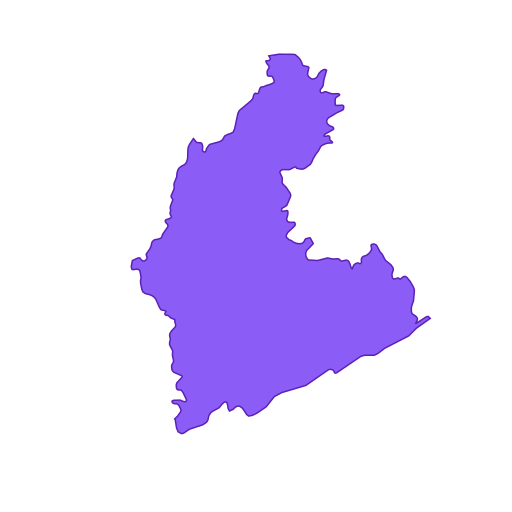 the Region of Rivne, rotated 144°
{"feature_id": "UKR-286", "entity_name": "Rivne", "entity_type": "Region", "adm_level": 1, "iso_a3": "UKR", "parent_name": "Ukraine", "parent_adm1": "", "projection": "natural_earth1", "projection_center": [26.178, 50.971], "detail": "fine", "context": "isolated", "style": "filled", "palette": "violet", "viewbox_px": 512, "rotation_deg": 144, "n_neighbors": 0, "source": "natural_earth", "source_scale": "10m", "svg_char_len": 6152}
<svg xmlns="http://www.w3.org/2000/svg" viewBox="0 0 512 512"><g transform="rotate(144 256 256)"><path d="M151.7,103.1L168.7,103.3L179.3,101.6L206.0,105.7L214.7,105.5L218.5,106.1L226.6,111.9L230.3,113.2L259.4,114.1L260.9,114.7L261.0,115.9L260.6,117.4L260.9,118.9L262.4,120.6L264.2,121.4L291.8,122.0L315.5,130.4L323.8,131.5L336.4,128.0L347.5,128.3L352.6,129.2L356.0,130.8L356.8,133.3L356.5,136.7L356.5,141.0L357.5,144.1L359.3,145.5L361.8,145.8L364.9,145.4L368.6,146.2L368.2,149.0L366.4,152.4L365.7,155.1L367.4,156.4L370.1,156.2L375.1,154.9L382.5,155.9L385.1,155.7L387.9,154.6L391.3,151.6L393.7,150.6L398.1,150.7L411.7,155.0L418.7,155.2L420.7,156.1L422.3,159.5L421.4,163.5L417.3,171.6L417.5,172.0L413.4,172.6L409.1,174.1L407.5,174.9L406.7,177.3L406.2,180.4L406.4,181.8L406.7,182.7L408.6,184.2L409.6,185.6L409.8,186.7L409.3,187.9L408.5,188.0L407.3,187.6L402.2,184.1L401.5,183.2L400.7,181.6L399.2,179.9L397.9,179.6L397.0,180.1L396.6,181.3L395.3,188.4L395.3,190.5L395.6,191.8L397.6,193.3L398.2,194.2L398.0,195.9L396.4,198.5L394.7,199.9L387.0,201.5L386.6,201.8L386.4,202.3L386.6,203.0L390.8,210.2L391.1,212.2L390.5,214.2L388.8,216.8L388.1,217.4L385.3,218.7L384.1,220.0L381.9,225.0L379.2,228.1L378.1,234.9L376.8,236.8L374.4,238.8L372.6,242.5L371.9,243.3L371.2,243.9L368.3,245.1L363.4,246.0L362.3,246.6L361.4,247.6L360.2,250.9L359.2,251.9L359.1,252.4L361.3,255.8L361.9,258.9L362.3,259.7L364.0,261.5L364.0,262.1L363.6,263.0L361.7,264.0L361.4,264.5L362.3,265.9L363.9,267.6L364.5,268.6L364.3,271.4L362.4,280.1L362.7,282.9L363.5,285.2L364.7,287.1L367.6,290.6L368.6,293.3L368.0,296.1L365.1,302.3L364.1,303.7L361.6,306.2L358.8,311.9L358.7,313.2L359.3,314.6L359.9,315.3L363.0,316.9L363.9,317.6L364.2,318.2L363.2,320.7L358.7,325.0L352.7,323.8L351.9,323.4L351.1,322.7L351.1,320.5L350.4,318.4L348.8,317.5L346.8,317.6L346.0,317.8L345.1,318.7L344.0,321.7L343.6,322.1L337.3,324.3L334.3,326.3L332.8,327.8L331.5,328.5L329.6,328.9L328.1,328.6L325.5,327.3L323.0,326.5L322.0,326.5L321.3,326.6L318.9,328.4L310.1,331.5L309.5,332.2L309.0,333.3L309.3,336.5L308.8,337.8L307.5,338.3L303.8,337.1L302.4,337.0L301.6,337.3L301.2,337.8L301.0,339.8L300.7,340.6L300.1,341.5L298.1,343.2L297.6,344.5L297.0,345.5L295.8,346.7L290.3,350.3L290.0,351.4L290.1,352.9L289.5,354.4L282.9,358.4L282.1,359.2L280.2,362.3L279.4,363.0L273.7,366.6L271.1,369.6L268.8,371.4L266.9,372.3L263.9,372.5L260.3,372.0L258.6,372.2L256.7,373.0L253.9,375.2L248.7,381.9L246.5,384.1L243.9,385.5L237.6,387.8L237.3,383.0L236.1,381.5L234.1,380.2L233.7,378.6L234.6,376.3L235.2,375.2L236.6,373.9L237.4,372.3L236.9,370.8L236.2,370.1L235.1,370.2L232.8,372.0L229.1,373.3L227.6,373.4L218.6,370.0L216.4,369.6L214.3,369.9L210.9,371.5L207.9,371.1L204.3,370.0L201.5,369.7L198.4,371.6L186.7,382.1L184.0,383.5L169.2,384.5L167.1,384.9L165.9,385.4L163.3,387.5L162.0,388.1L161.2,388.1L160.6,387.9L159.7,386.8L158.9,386.4L158.4,386.4L157.8,386.6L155.0,388.9L153.3,389.7L152.5,389.7L150.4,388.5L147.2,387.8L144.5,386.8L141.4,386.0L139.9,385.9L138.9,386.1L138.3,387.2L137.6,389.7L137.4,391.1L137.7,392.2L138.1,392.6L140.4,394.4L140.6,395.4L139.5,397.5L138.3,399.0L134.6,400.8L134.2,401.3L133.9,402.5L134.1,404.4L133.9,406.5L133.4,407.9L133.0,408.0L131.4,406.8L129.7,406.5L128.9,406.7L128.4,407.2L128.0,410.4L118.9,405.8L107.1,397.1L105.9,395.8L105.0,391.8L104.8,389.8L105.0,387.0L106.0,383.1L105.9,382.2L103.0,379.0L102.5,378.1L102.5,377.3L106.4,373.9L107.9,372.0L107.9,369.9L107.4,367.6L106.4,365.9L103.9,364.9L102.3,364.8L101.0,365.1L97.6,366.8L94.8,367.3L92.2,367.1L90.5,366.4L89.7,364.8L97.2,358.9L101.4,354.6L102.4,353.9L106.4,352.7L107.1,351.7L107.5,350.9L107.5,350.1L106.9,349.2L104.0,348.5L103.0,347.9L99.8,343.3L98.6,342.1L94.1,339.0L93.4,337.8L93.6,337.3L94.1,337.0L97.9,337.2L99.1,336.8L100.9,334.9L103.1,331.5L102.9,331.1L101.7,330.0L97.4,327.2L97.0,326.4L97.0,325.8L97.3,325.1L98.6,323.7L100.0,323.1L106.5,324.4L116.1,325.2L118.1,324.7L119.4,323.7L120.4,322.1L120.4,320.1L119.7,317.8L118.1,315.4L118.0,314.8L118.1,313.7L118.5,313.2L119.2,312.9L128.2,314.0L130.1,313.6L130.4,313.1L130.3,312.6L129.8,312.2L126.9,310.8L126.5,310.3L126.3,309.6L126.6,308.5L127.5,307.4L127.9,306.6L128.0,305.9L127.3,304.3L127.2,303.7L127.4,302.9L127.9,302.7L131.7,305.2L134.4,306.1L137.5,306.7L138.6,306.6L139.8,306.3L143.6,304.4L147.9,303.1L152.8,301.0L155.5,299.3L158.1,298.2L164.7,298.2L167.0,298.7L168.9,300.2L171.6,303.1L171.6,304.6L171.9,305.0L172.4,305.3L177.4,306.0L178.7,306.5L183.4,310.1L185.1,310.5L186.4,310.4L187.1,310.1L187.6,309.6L188.7,304.2L189.3,303.0L191.5,300.4L191.9,299.2L191.9,297.9L191.2,293.6L191.5,286.8L191.8,285.6L192.5,284.4L193.1,283.8L201.0,279.0L202.4,278.8L206.7,279.3L207.9,278.6L208.6,277.6L208.8,277.2L208.3,276.5L204.6,274.8L204.1,274.5L203.9,273.9L204.3,272.8L205.9,270.8L209.7,267.8L210.0,266.5L210.1,265.2L209.6,264.2L207.9,262.6L205.4,261.0L205.1,260.5L205.1,259.8L205.6,258.6L206.8,257.6L216.8,256.3L219.5,254.8L220.1,254.0L220.3,253.3L219.7,249.7L218.4,247.9L217.5,245.0L215.6,242.2L213.4,240.2L211.3,239.1L209.8,239.2L208.6,239.4L206.9,240.4L205.7,240.7L202.5,239.5L201.5,238.8L202.3,232.5L202.9,232.2L211.8,230.7L214.2,229.0L215.9,226.2L216.2,222.9L215.7,221.8L208.9,216.2L199.3,212.4L195.4,208.2L191.7,205.9L190.9,205.1L190.6,204.6L190.2,202.2L189.7,201.5L185.7,199.8L184.8,199.0L184.1,197.5L184.6,194.5L185.8,191.0L185.9,189.6L185.7,189.1L182.7,191.0L181.4,191.3L179.7,191.3L177.7,190.6L177.0,189.7L176.5,188.7L175.5,188.4L174.4,188.9L172.8,191.4L171.9,192.1L170.7,192.6L169.3,192.6L166.6,191.7L165.0,191.6L161.9,191.9L159.0,193.1L157.9,194.5L156.9,196.8L155.9,197.4L154.2,196.9L153.3,196.1L152.4,194.7L152.2,193.4L153.2,186.7L152.9,183.5L153.1,181.4L153.8,177.3L153.6,175.4L152.0,169.7L152.0,166.4L152.6,164.8L153.3,163.9L156.4,161.6L157.1,160.8L158.1,159.1L158.5,157.3L157.9,156.3L157.4,156.0L154.0,154.8L153.7,154.4L153.2,152.7L152.8,152.4L150.2,152.7L148.6,152.5L147.4,151.9L147.0,151.5L146.5,149.8L146.2,144.6L146.9,138.5L147.6,135.9L148.6,134.4L154.8,127.3L160.1,123.5L161.7,121.5L163.0,119.6L163.6,117.9L163.6,117.3L162.2,113.8L162.0,112.6L162.1,110.7L162.5,110.1L163.3,109.3L166.1,107.7L165.1,107.3L153.7,106.7L152.2,105.9L151.7,103.1Z" fill="#8b5cf6" stroke="#5b21b6" stroke-width="1.5"/></g></svg>